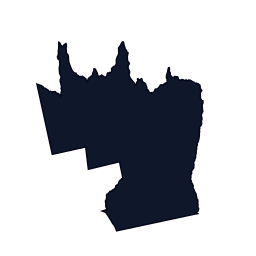 Chupinguaia, Rondônia, Brazil (Equal Earth projection), rotated 168°
{"feature_id": "56859067B46529813603159", "entity_name": "Chupinguaia", "entity_type": "district", "adm_level": 2, "iso_a3": "BRA", "parent_name": "Brazil", "parent_adm1": "Rondônia", "projection": "equal_earth", "projection_center": [-60.941, -12.579], "detail": "fine", "context": "isolated", "style": "filled", "palette": "ink", "viewbox_px": 256, "rotation_deg": 168, "n_neighbors": 0, "source": "geoboundaries", "source_scale": "gbopen_adm2", "svg_char_len": 5851}
<svg xmlns="http://www.w3.org/2000/svg" viewBox="0 0 256 256"><g transform="rotate(168 128 128)"><path d="M177.9,226.2L178.3,224.7L178.4,223.5L179.3,220.1L180.3,217.2L180.4,216.1L180.5,214.9L181.3,213.9L181.4,213.2L182.1,212.6L182.2,211.9L182.1,210.8L182.1,210.1L181.5,209.5L180.9,208.5L180.8,207.7L181.3,206.5L181.2,205.6L181.7,203.4L182.4,202.1L182.9,200.4L183.5,196.0L183.4,194.5L182.9,193.3L182.8,192.3L183.1,191.0L183.5,190.2L183.8,189.4L184.2,189.3L184.4,188.3L184.7,187.5L184.3,186.6L184.6,185.7L184.4,184.6L184.5,182.7L184.4,181.8L185.2,180.8L185.0,178.5L185.2,177.7L185.8,177.2L186.3,175.8L186.4,175.1L186.9,174.3L187.2,173.3L187.6,174.0L188.3,174.8L188.6,175.9L189.1,176.2L189.5,176.6L190.7,176.1L191.0,177.5L191.4,178.5L191.9,178.9L192.5,178.8L193.3,178.9L193.9,179.2L194.4,178.8L194.9,178.8L195.9,179.9L196.5,180.1L197.2,179.9L197.8,180.2L198.1,181.2L198.8,182.1L199.4,182.7L200.4,183.8L201.0,184.2L201.7,184.5L202.3,184.9L202.4,185.8L203.6,187.0L203.9,187.5L205.0,188.0L206.4,189.1L207.2,189.2L207.9,189.8L207.5,118.0L173.3,118.3L175.3,95.9L143.3,96.8L143.4,79.5L144.2,79.4L144.9,79.6L145.5,78.9L146.8,78.4L147.6,77.7L148.1,76.8L148.9,75.8L149.2,75.1L149.9,74.6L150.8,74.5L151.9,74.0L152.2,72.9L152.8,71.9L153.9,71.4L154.6,70.8L155.5,70.6L156.2,70.5L156.8,69.8L157.8,69.8L159.0,69.6L159.6,68.9L160.8,68.3L161.5,67.4L162.7,67.4L163.2,65.5L163.4,63.9L164.0,63.1L164.4,62.1L165.2,61.4L165.4,60.5L165.3,59.3L165.4,58.5L166.0,55.9L165.9,54.7L165.6,53.8L165.4,52.6L170.4,52.1L169.6,51.6L167.4,50.2L166.7,48.6L166.4,47.9L165.8,46.5L164.4,42.5L163.7,40.9L163.6,40.1L162.8,37.8L161.8,35.7L161.2,34.0L160.5,29.8L86.6,29.9L77.6,29.8L78.2,30.7L78.7,31.3L78.4,31.8L77.8,31.8L76.6,32.3L76.4,33.0L75.9,33.8L75.7,34.8L76.2,35.9L75.9,37.3L75.4,38.3L75.8,39.4L75.3,40.0L75.1,41.2L74.8,42.3L74.7,43.3L75.2,43.8L75.3,44.8L75.2,45.6L75.4,46.5L75.2,49.2L75.4,50.0L75.7,51.1L76.0,51.6L76.2,52.6L76.2,53.9L76.9,55.5L76.7,56.4L76.7,57.2L76.3,57.7L76.2,58.5L76.7,59.2L76.6,59.9L77.7,60.8L77.1,61.3L77.7,62.0L77.4,62.7L77.0,63.2L77.5,64.1L77.6,65.0L76.9,66.2L76.4,68.7L75.0,70.7L75.5,71.9L74.7,72.5L74.1,73.4L73.1,74.4L72.4,74.8L71.9,75.6L71.6,77.2L71.2,77.9L71.1,78.9L71.1,80.6L70.3,81.7L69.8,82.0L69.2,83.2L69.0,84.0L68.5,84.4L68.0,85.2L67.4,87.8L66.9,88.5L66.5,89.3L66.2,91.2L66.0,91.9L65.4,92.7L64.9,95.2L64.4,96.1L63.9,96.6L63.7,97.5L64.0,98.4L62.7,99.3L62.3,100.3L61.8,100.8L61.5,101.6L60.5,103.7L59.6,106.5L59.3,108.3L58.7,109.4L58.7,111.1L58.1,112.1L57.9,113.3L57.6,114.2L57.0,114.8L56.1,115.2L55.4,116.1L55.1,116.9L54.8,119.6L53.9,121.0L53.7,122.0L53.6,122.8L53.8,124.8L52.4,127.7L51.5,128.3L51.4,129.1L51.4,130.5L51.2,131.9L50.8,134.8L50.2,135.9L49.4,137.1L49.2,138.1L49.1,139.1L49.9,139.3L50.3,140.1L51.0,141.5L50.9,142.6L50.6,143.7L50.5,144.9L50.2,146.5L49.5,147.9L48.9,148.8L48.1,149.1L48.7,150.9L49.3,151.7L49.5,152.7L48.7,153.0L48.9,154.0L48.9,155.2L49.7,155.6L49.9,156.4L50.6,156.9L51.3,157.2L51.7,157.6L52.8,157.4L53.2,158.1L53.8,158.9L54.7,159.4L55.3,160.1L56.1,160.7L56.9,161.6L57.7,162.0L58.9,162.3L59.2,161.7L59.9,161.6L60.3,162.1L61.2,163.0L61.8,162.3L63.0,162.9L64.4,163.9L65.3,164.2L66.5,163.7L67.1,164.2L68.0,164.4L68.5,165.1L68.6,166.0L68.6,166.7L68.8,167.6L69.3,167.9L70.4,168.2L71.6,168.6L72.2,168.0L73.7,168.1L74.5,168.5L74.9,169.7L75.4,170.6L75.8,171.8L75.4,172.6L75.2,173.5L75.8,174.3L75.7,175.6L75.3,176.8L75.1,178.4L75.6,178.5L76.3,177.7L77.2,175.6L77.7,174.2L78.3,173.5L78.7,172.5L79.4,171.3L80.0,169.0L79.6,168.1L79.8,166.1L80.2,164.4L80.9,164.2L81.9,164.2L83.6,163.5L84.1,163.1L84.9,162.9L85.7,163.0L86.5,163.3L87.4,163.3L89.2,161.4L89.9,160.9L90.9,160.4L91.9,160.1L93.3,160.3L93.8,159.5L94.1,158.6L94.8,158.4L95.6,157.3L96.3,157.2L96.9,157.7L99.1,157.8L99.6,157.9L100.0,158.9L100.3,160.5L100.7,161.2L101.2,161.6L101.5,162.3L101.2,163.9L101.4,165.3L101.7,166.6L101.6,167.3L102.1,168.2L102.5,168.7L103.1,169.1L103.9,170.0L104.2,171.0L104.3,173.3L104.9,173.5L105.4,172.9L106.3,172.7L107.1,172.9L108.0,174.2L108.5,174.0L108.6,173.2L108.4,172.0L110.0,170.8L110.5,169.8L111.1,169.2L111.5,168.5L112.5,169.0L112.5,170.6L112.7,171.3L113.6,172.4L114.0,173.5L114.9,175.2L115.6,177.0L115.8,177.7L115.9,178.5L115.9,179.6L115.7,180.5L115.1,181.5L114.7,182.5L114.8,183.4L115.3,185.7L115.4,187.0L115.2,187.8L114.9,188.9L114.3,189.7L113.3,190.5L113.7,192.2L114.1,192.7L114.4,193.7L114.4,194.8L114.2,195.5L114.0,197.5L113.6,198.7L112.7,200.7L112.3,201.4L113.1,201.8L113.3,203.0L113.4,204.1L114.5,206.5L114.3,207.5L114.5,208.2L114.5,209.1L114.7,211.0L114.5,212.0L114.8,213.2L115.5,213.3L116.6,212.5L117.2,211.5L118.6,210.0L120.6,208.2L120.8,207.4L120.8,206.6L121.1,205.4L121.4,203.5L121.7,202.3L122.4,201.5L122.7,200.8L123.4,200.0L123.9,199.7L124.3,198.6L124.9,198.0L125.3,196.8L125.6,195.6L125.7,194.8L126.0,193.2L126.6,192.5L127.5,191.5L129.1,191.1L129.5,190.7L130.3,190.6L131.2,189.9L131.8,189.3L132.0,187.6L132.4,186.5L133.0,185.7L133.7,185.8L134.3,186.2L135.7,185.8L136.5,186.0L137.1,185.3L137.2,184.2L138.2,183.1L139.5,182.3L140.2,182.2L140.9,183.5L141.4,183.8L142.0,184.3L142.6,185.2L144.2,184.6L145.8,184.6L146.5,184.2L146.6,187.0L146.8,188.8L147.6,191.7L148.1,192.8L149.1,192.8L149.4,191.3L149.9,190.5L151.0,189.1L151.9,186.8L153.6,186.2L155.5,185.2L156.2,184.6L156.8,184.1L157.2,183.5L157.5,182.6L158.1,181.8L158.5,182.3L159.0,182.9L158.9,184.7L159.4,185.2L160.3,186.4L161.2,187.3L161.7,188.0L162.9,187.8L163.6,188.3L164.3,188.0L164.8,188.4L165.4,189.0L165.6,189.6L166.3,189.9L166.9,190.6L167.4,191.4L167.4,192.3L167.9,192.5L168.6,192.7L169.7,193.9L170.1,194.5L170.5,195.5L170.8,196.2L171.4,199.0L171.8,201.3L172.2,204.3L172.2,205.2L171.8,208.4L171.5,210.1L171.5,210.9L171.5,211.8L171.8,212.6L172.3,213.2L172.6,213.9L172.7,214.6L172.3,216.8L172.0,218.9L171.5,220.1L171.1,221.6L171.0,222.5L171.2,223.5L172.5,223.0L175.1,221.4L175.7,221.6L176.4,222.9L177.1,225.6L177.9,226.2Z" fill="#0f172a" stroke="#020617" stroke-width="1.5"/></g></svg>